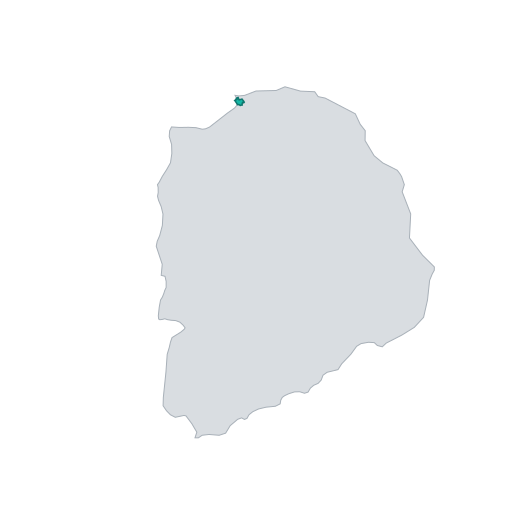 Chuy, Rocha, Uruguay shown in context, rotated 232°
{"feature_id": "84410073B59552855660776", "entity_name": "Chuy", "entity_type": "district", "adm_level": 2, "iso_a3": "URY", "parent_name": "Uruguay", "parent_adm1": "Rocha", "projection": "mercator", "projection_center": [-53.451, -33.738], "detail": "fine", "context": "in_parent", "style": "filled", "palette": "teal", "viewbox_px": 512, "rotation_deg": 232, "n_neighbors": 0, "source": "geoboundaries", "source_scale": "gbopen_adm2", "svg_char_len": 2722}
<svg xmlns="http://www.w3.org/2000/svg" viewBox="0 0 512 512"><g transform="rotate(232 256 256)"><path d="M395.5,338.4L392.7,341.0L389.6,345.9L386.0,357.6L374.0,373.8L371.5,383.0L358.5,392.6L349.3,403.4L343.3,403.1L337.9,407.7L306.9,421.8L295.7,419.2L287.5,419.2L279.8,413.0L262.3,410.8L251.3,413.2L236.6,420.1L232.1,420.0L228.9,419.6L220.9,416.8L216.6,410.7L193.9,403.8L175.7,388.0L154.1,387.7L137.6,389.8L135.0,387.7L133.3,383.7L129.9,377.8L115.7,364.0L104.5,350.3L102.3,336.8L103.9,322.2L107.2,305.0L106.7,299.6L110.8,296.5L114.9,295.9L118.8,291.5L122.3,284.8L122.9,279.7L120.2,270.3L118.3,257.2L116.0,250.7L120.6,240.4L120.8,235.4L118.1,231.0L117.4,226.5L118.6,221.9L118.4,217.5L116.7,213.2L118.0,209.7L122.1,206.9L125.2,202.7L127.3,197.0L128.3,192.6L128.4,189.6L127.1,186.7L124.6,184.0L125.7,178.7L130.7,170.8L133.9,163.8L135.3,157.6L135.2,152.7L133.6,148.9L134.3,146.3L137.3,145.0L138.6,141.0L138.2,131.2L135.1,123.0L137.4,116.6L144.3,109.1L147.9,103.2L148.2,98.6L150.3,96.0L153.6,100.9L163.3,102.2L173.1,102.4L174.7,101.1L178.6,93.1L183.6,90.8L189.2,90.2L195.2,90.6L201.6,95.9L219.8,113.4L233.2,125.5L237.3,131.3L240.8,135.6L243.4,139.6L242.3,150.0L242.5,154.6L243.1,155.9L246.2,156.0L250.7,155.3L254.5,153.0L257.5,149.7L260.4,147.0L262.7,145.5L263.6,143.3L265.0,141.0L266.3,140.5L269.0,142.2L275.2,148.2L280.1,153.7L281.2,156.8L283.1,160.1L285.1,163.0L286.5,165.8L291.2,169.5L296.0,171.8L299.1,169.4L307.2,177.0L325.1,183.4L328.4,187.2L331.4,192.7L337.7,201.0L346.3,208.5L353.3,211.7L359.9,213.5L363.7,215.2L366.2,218.0L370.3,221.1L372.9,222.3L373.7,225.1L376.4,231.1L379.1,238.8L382.1,246.0L388.6,252.8L395.9,258.2L403.6,261.2L407.8,265.0L409.7,268.9L404.5,274.7L399.0,282.0L394.1,287.7L389.0,291.7L387.3,294.5L386.2,298.8L386.2,321.6L385.8,330.1L386.2,332.4L386.9,333.9L390.1,336.2L393.9,338.1L395.5,338.4Z" fill="#d9dde1" stroke="#a8b0b8" stroke-width="1"/><path d="M386.5,334.7L386.4,335.1L386.1,335.5L385.9,335.5L385.5,336.0L385.1,336.0L384.7,336.2L384.4,336.2L384.2,336.4L384.2,336.9L383.9,337.3L383.9,337.6L383.5,338.0L384.0,338.4L384.3,338.8L384.6,338.9L385.0,339.4L385.2,339.8L385.2,340.1L384.9,340.1L384.3,340.6L384.4,341.3L385.1,341.3L385.2,341.6L388.3,341.6L389.4,338.8L391.9,339.5L392.4,338.4L392.3,338.2L392.2,338.2L391.9,338.0L391.9,337.9L392.0,337.9L392.0,337.7L392.0,337.4L391.9,337.4L391.8,337.2L391.7,337.2L391.8,337.1L391.9,336.9L391.8,336.7L391.7,336.5L391.7,336.4L391.6,336.2L391.7,335.9L391.6,335.7L391.6,335.4L391.4,335.4L391.4,335.5L391.4,335.4L391.3,335.2L391.3,335.3L391.4,335.2L391.5,335.0L391.1,335.0L390.8,335.0L390.7,335.0L390.4,335.0L390.2,334.9L389.6,334.9L389.1,334.9L388.4,334.8L387.3,334.8L386.7,334.7L386.5,334.7Z" fill="#14b8a6" stroke="#0f766e" stroke-width="1.5"/></g></svg>